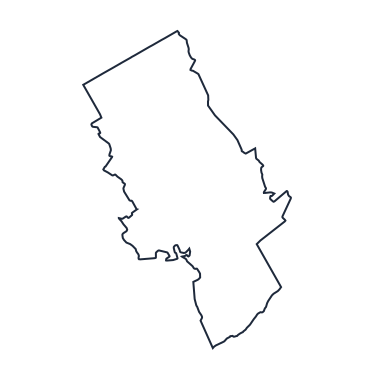 Hardap, Robinson projection, rotated 240°
{"feature_id": "NAM-3339", "entity_name": "Hardap", "entity_type": "Region", "adm_level": 1, "iso_a3": "NAM", "parent_name": "Namibia", "parent_adm1": "", "projection": "robinson", "projection_center": [17.113, -24.521], "detail": "fine", "context": "isolated", "style": "outline", "palette": "slate", "viewbox_px": 384, "rotation_deg": 240, "n_neighbors": 0, "source": "natural_earth", "source_scale": "10m", "svg_char_len": 4754}
<svg xmlns="http://www.w3.org/2000/svg" viewBox="0 0 384 384"><g transform="rotate(240 192 192)"><path d="M339.0,206.3L339.1,207.1L339.0,210.5L339.0,214.0L339.0,217.5L339.0,221.0L339.0,224.4L339.0,227.9L338.9,231.4L338.9,234.8L338.9,238.3L338.9,241.8L338.8,245.2L338.8,248.7L338.8,252.2L338.8,255.6L338.8,259.1L338.7,259.9L336.3,260.3L335.6,259.6L334.5,259.7L333.7,259.9L327.7,262.9L326.6,263.3L326.0,263.2L323.7,262.2L318.6,261.1L317.8,260.8L317.0,260.4L315.7,259.4L314.4,258.9L311.5,258.4L309.0,258.4L307.6,258.7L307.1,258.9L305.5,260.3L304.8,260.6L304.4,260.5L303.9,259.9L299.3,252.4L298.9,252.0L298.5,251.7L298.0,252.0L297.5,252.3L296.4,253.5L291.6,256.2L290.8,256.5L267.6,254.3L263.6,252.2L262.4,251.1L258.8,249.1L246.9,250.2L221.2,256.6L214.3,257.3L204.1,256.2L203.4,256.0L202.8,255.6L202.5,255.6L202.1,255.7L201.2,256.3L199.6,256.9L198.4,257.8L198.2,268.5L189.5,264.5L188.6,264.4L185.8,265.5L184.2,265.5L180.3,266.8L179.3,266.9L178.9,266.6L178.8,265.9L178.7,265.1L178.5,264.3L178.0,263.8L176.5,262.8L174.1,261.9L171.9,261.6L170.6,260.6L169.6,260.2L169.2,259.9L159.9,257.9L159.0,258.0L158.3,257.9L157.8,257.7L157.4,257.1L156.1,254.5L155.7,254.0L155.2,253.8L154.6,254.9L152.6,259.5L151.7,260.8L149.5,262.5L148.7,259.6L148.7,259.0L148.9,258.6L149.2,258.1L149.1,257.8L148.7,257.4L148.2,257.0L147.7,256.6L147.1,256.3L146.4,256.4L143.7,257.3L143.2,257.5L142.7,257.9L142.7,258.4L142.7,259.0L145.5,274.4L145.2,274.8L144.4,274.9L142.0,274.0L140.7,273.9L139.6,274.1L138.9,274.5L138.3,274.8L137.6,274.8L136.9,274.2L126.1,258.8L125.6,258.1L125.0,257.7L124.3,257.7L123.6,257.9L121.6,258.5L121.0,258.6L120.5,258.6L120.3,258.1L120.1,257.5L115.8,227.0L114.5,222.0L65.3,221.6L65.1,221.6L64.0,219.2L63.3,216.8L63.1,211.8L62.5,209.5L59.4,203.3L58.1,201.4L55.5,198.7L54.7,196.8L52.9,194.6L52.6,193.0L52.8,192.3L53.5,191.4L53.7,191.1L53.7,188.5L53.4,187.3L52.2,185.0L51.0,181.9L48.1,175.9L47.0,171.7L46.0,169.6L45.6,166.8L45.2,165.9L45.4,164.6L45.4,162.5L45.2,160.4L44.8,159.1L45.1,158.2L45.5,156.5L45.9,155.7L46.2,155.5L46.7,155.4L47.1,155.2L47.3,154.6L48.0,153.1L47.6,152.4L47.7,148.9L46.7,145.9L46.5,144.8L47.2,135.9L47.0,133.7L46.4,132.0L76.3,135.1L77.7,137.3L78.1,137.8L78.3,137.9L78.5,138.1L79.0,138.3L79.6,138.4L80.7,138.5L84.6,138.2L90.0,139.1L91.1,139.0L91.9,139.1L98.0,140.8L113.5,148.2L113.1,153.1L113.3,154.6L113.9,156.3L117.2,158.1L118.7,158.2L122.6,158.0L123.1,157.9L123.4,157.5L123.6,157.0L123.8,156.4L124.3,155.9L125.0,155.5L127.5,155.4L134.3,153.1L134.7,153.1L136.3,153.3L136.9,153.2L137.5,153.0L140.8,151.1L141.1,151.0L141.0,151.4L140.5,152.6L140.3,153.3L140.1,154.2L140.3,155.4L140.1,155.8L139.7,156.1L138.7,156.2L138.4,156.4L138.0,156.6L138.0,157.3L138.3,158.2L141.3,160.6L144.3,161.3L143.7,159.8L142.7,156.0L143.3,154.4L145.3,152.2L145.8,151.9L146.2,151.8L148.0,152.3L152.7,152.7L153.2,152.7L153.5,152.5L153.7,152.1L154.0,151.4L154.1,150.9L154.1,150.5L153.7,149.2L153.4,148.7L153.1,148.5L152.6,148.2L148.6,147.0L148.0,147.0L147.1,147.6L146.6,147.6L142.1,146.4L141.7,146.2L141.6,145.7L141.7,145.2L142.5,141.6L145.1,136.1L145.4,135.6L145.7,135.3L146.5,135.9L147.0,136.4L147.1,136.8L147.3,139.8L147.4,140.3L147.8,140.5L151.4,140.5L151.9,140.4L152.4,140.0L157.9,134.2L158.1,133.7L158.1,133.0L157.7,131.1L157.5,130.6L157.2,130.2L153.5,128.1L153.3,127.9L153.1,127.6L153.2,127.2L153.3,126.7L159.5,113.6L160.3,112.5L160.9,112.4L162.2,113.1L163.1,114.0L164.2,114.3L165.3,114.4L166.5,114.2L168.5,114.1L170.8,114.7L175.1,113.6L177.8,112.4L181.0,109.9L184.6,109.1L186.8,109.1L189.1,110.0L190.0,110.5L190.5,111.3L190.7,112.9L190.8,115.6L191.7,117.0L193.5,117.4L198.3,116.5L201.9,116.3L205.0,115.6L205.8,115.5L206.0,115.6L204.1,117.6L203.7,118.2L203.6,118.6L203.6,119.2L203.8,122.4L203.7,122.9L203.5,123.2L201.5,123.8L201.3,124.2L201.3,124.8L202.0,128.5L202.2,128.8L202.4,128.9L203.3,129.2L203.8,129.4L203.9,129.7L204.0,130.2L204.5,135.7L204.8,135.4L213.7,135.6L214.3,135.5L214.7,135.3L214.9,134.7L215.4,134.2L216.1,133.7L226.3,133.4L229.0,134.2L229.5,134.5L229.9,134.9L231.8,137.5L232.3,137.8L232.7,137.9L234.8,136.9L235.4,136.8L235.8,137.1L236.7,137.4L237.5,137.3L238.5,137.0L242.6,135.1L244.9,134.5L245.6,134.1L245.7,133.5L245.8,132.2L246.0,131.6L246.4,131.2L251.0,128.9L254.7,126.6L255.9,126.5L257.4,129.1L257.3,129.9L262.2,140.2L262.5,140.5L262.9,140.3L263.8,139.2L264.3,138.8L264.8,138.6L265.4,139.0L266.0,139.5L268.6,142.5L269.5,143.0L270.5,143.4L274.9,144.3L275.6,144.2L285.5,139.9L286.0,139.9L288.9,140.0L289.2,140.2L289.2,140.6L289.0,141.1L288.9,141.6L289.1,142.1L290.2,142.3L295.1,142.5L295.4,142.3L295.6,142.1L298.0,138.8L298.7,138.4L299.5,138.4L300.7,138.6L301.2,139.1L301.5,139.7L301.7,150.7L305.3,151.2L339.2,151.4L339.2,153.1L339.2,163.8L339.2,174.4L339.1,185.0L339.1,195.7L339.0,206.3Z" fill="none" stroke="#1e293b" stroke-width="2"/></g></svg>